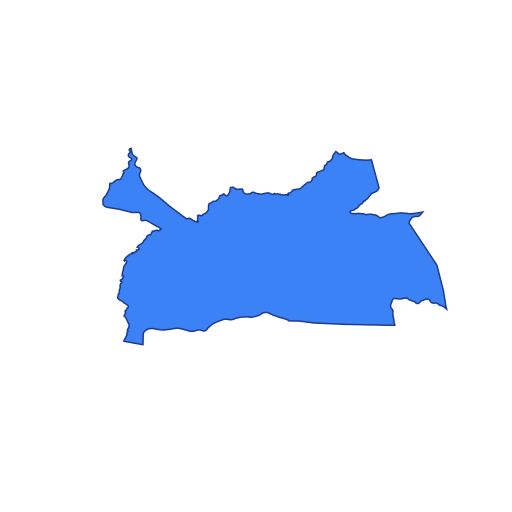 outline of Lázaro Cárdenas, Tlaxcala, Mexico, rotated 230°
{"feature_id": "50627088B94934519915903", "entity_name": "Lázaro Cárdenas", "entity_type": "district", "adm_level": 2, "iso_a3": "MEX", "parent_name": "Mexico", "parent_adm1": "Tlaxcala", "projection": "mercator", "projection_center": [-97.981, 19.536], "detail": "fine", "context": "isolated", "style": "filled", "palette": "blue", "viewbox_px": 512, "rotation_deg": 230, "n_neighbors": 0, "source": "geoboundaries", "source_scale": "gbopen_adm2", "svg_char_len": 6165}
<svg xmlns="http://www.w3.org/2000/svg" viewBox="0 0 512 512"><g transform="rotate(230 256 256)"><path d="M418.7,229.5L419.2,228.2L419.1,227.5L418.8,227.1L418.5,227.0L417.0,226.7L416.4,226.4L416.2,225.8L416.1,224.4L415.4,223.0L414.6,222.5L413.3,222.4L411.2,223.2L410.2,223.3L409.7,222.7L409.6,222.3L409.9,219.9L409.9,218.9L408.7,217.8L406.3,216.5L405.7,215.7L405.6,214.7L405.6,213.6L406.1,210.5L406.4,209.9L406.5,209.3L406.4,209.0L405.8,208.5L404.6,208.2L404.3,208.0L404.3,206.5L403.1,205.1L402.7,203.8L402.0,202.3L401.9,201.7L402.2,200.8L403.3,199.3L403.9,198.2L404.1,195.8L404.0,194.7L404.0,193.5L404.4,192.4L404.8,191.6L405.5,190.9L405.1,190.1L403.5,188.8L402.5,187.7L401.0,185.4L398.8,179.8L398.4,176.8L397.7,175.2L396.9,174.4L393.7,171.9L391.5,172.0L390.7,172.3L388.7,173.5L379.8,181.2L369.2,188.9L367.1,191.3L364.8,194.2L364.1,194.6L363.1,194.6L362.2,194.4L360.8,193.7L359.3,192.6L358.0,191.2L357.1,191.0L356.5,191.3L355.9,191.8L354.7,194.0L354.2,194.5L352.8,195.4L342.7,199.0L341.6,199.6L337.7,200.8L337.7,199.2L338.0,197.4L338.5,197.0L339.5,196.8L340.8,193.7L341.5,192.8L341.5,192.5L340.8,190.6L340.0,189.5L340.1,189.1L340.7,188.3L341.0,187.3L341.3,186.4L341.4,185.7L340.1,183.1L340.0,180.3L339.1,178.4L339.0,176.7L339.4,173.5L339.5,172.3L339.0,170.7L338.5,171.3L336.8,171.2L336.3,170.3L337.5,168.1L336.3,167.4L337.9,163.1L337.1,163.4L338.4,160.4L338.5,156.8L338.3,154.1L337.5,152.6L336.9,152.3L337.0,152.1L336.7,152.1L336.7,153.1L336.3,153.5L335.8,153.6L334.4,153.2L332.8,147.9L330.4,145.1L329.1,143.1L326.9,140.7L325.6,141.7L325.2,141.4L324.9,140.1L324.3,138.4L324.7,136.5L323.8,136.0L322.8,136.6L322.0,136.2L321.9,134.7L320.7,132.7L319.3,131.9L317.9,130.0L317.7,129.3L315.5,127.5L315.2,126.9L315.2,125.7L314.4,125.2L313.0,123.2L312.2,123.0L311.1,123.0L309.6,123.4L307.9,124.3L305.4,124.9L305.2,124.7L301.2,126.0L299.9,126.1L298.6,125.0L298.9,123.5L297.9,121.7L298.2,121.0L297.9,120.2L295.8,119.1L295.3,116.8L294.6,116.3L292.8,116.7L287.3,115.2L285.6,114.9L285.0,114.7L284.0,113.8L283.0,112.3L282.3,110.5L281.8,109.7L280.8,109.7L280.2,108.0L279.0,106.6L278.3,106.1L278.0,105.1L276.9,102.8L276.6,101.5L275.6,100.0L260.7,112.4L267.6,118.5L269.5,120.5L269.9,121.8L270.0,123.6L269.5,126.2L269.0,127.5L266.6,130.5L260.8,135.4L259.1,137.2L258.2,138.4L255.9,141.9L251.6,149.0L250.9,149.8L248.4,151.9L241.0,157.0L239.6,158.2L238.3,160.1L236.8,163.8L236.0,164.9L234.9,165.9L232.5,167.4L231.9,168.0L231.2,169.5L231.3,171.2L231.7,172.5L231.9,178.2L231.6,180.0L230.8,183.4L228.1,190.8L227.6,191.6L226.0,193.3L225.0,194.1L223.0,196.1L222.2,197.6L221.3,200.4L219.4,204.2L218.0,206.4L215.0,210.2L212.3,212.7L210.4,216.0L208.6,220.4L208.4,221.3L208.1,223.8L208.2,224.4L206.8,226.8L205.5,228.3L204.3,229.0L200.0,231.0L194.6,234.1L188.3,238.4L186.6,239.2L185.1,239.5L178.4,247.3L167.4,257.4L150.7,275.6L146.4,280.3L113.7,317.7L114.1,318.3L115.9,318.7L116.9,319.5L119.8,321.3L122.5,322.8L124.7,324.4L125.4,325.3L126.1,325.8L127.4,326.1L129.6,326.0L131.6,327.3L132.2,328.0L133.5,330.4L134.5,331.9L135.0,333.6L134.8,334.3L134.3,334.9L131.8,337.3L130.1,339.2L128.2,342.9L127.0,344.2L125.9,344.8L124.3,345.1L123.3,345.6L121.4,346.6L119.2,348.1L117.4,348.2L116.4,348.6L115.6,349.3L115.3,349.9L115.4,350.7L115.1,351.2L115.4,352.6L115.3,354.0L113.7,358.3L112.7,359.8L112.0,360.3L111.3,360.7L110.6,360.7L108.9,360.3L107.6,360.4L105.9,361.5L103.9,364.2L101.3,364.9L100.4,364.9L99.2,365.7L98.5,366.6L97.4,366.8L96.7,367.2L92.8,367.9L96.0,369.5L109.2,377.4L132.8,388.7L182.9,394.4L184.0,396.0L185.1,399.6L185.0,401.3L184.3,402.8L182.1,405.8L181.7,407.3L182.5,412.0L185.7,406.4L187.3,403.9L188.2,402.9L189.4,401.0L192.7,398.0L196.3,394.2L199.1,389.8L201.4,386.9L202.4,384.9L203.1,382.8L203.8,379.1L204.8,376.9L205.8,375.3L208.3,374.9L210.5,374.0L211.4,373.1L214.1,371.0L215.5,369.2L217.1,366.7L219.4,365.3L222.2,362.5L226.3,357.3L227.7,356.2L229.0,356.1L229.6,356.7L229.6,357.6L228.2,360.7L228.3,362.4L227.7,364.2L227.9,365.6L228.3,367.8L228.4,369.2L228.0,370.9L228.2,372.3L228.5,373.4L229.0,373.9L228.9,374.1L228.1,375.0L228.5,376.2L228.2,378.1L228.7,379.9L229.0,382.1L229.5,383.9L229.5,384.9L228.2,389.3L228.1,391.4L228.8,393.1L229.0,394.0L255.6,406.3L256.5,404.7L259.0,401.5L263.4,396.9L268.4,392.3L270.3,391.3L272.0,390.7L276.6,389.4L277.7,389.4L278.3,389.7L279.0,389.2L279.1,388.1L279.9,385.6L280.7,385.2L283.3,384.7L284.7,384.3L283.8,380.3L283.1,378.9L282.2,377.7L281.4,377.3L281.4,376.3L281.1,373.4L281.7,372.2L281.9,371.6L281.7,370.1L281.1,369.5L280.8,368.8L280.8,367.8L281.2,366.8L280.1,365.3L278.8,363.9L278.8,362.5L279.3,360.5L279.8,359.0L280.6,357.2L280.6,355.8L278.9,354.0L278.8,352.2L279.5,350.7L279.3,348.8L278.4,348.2L278.0,347.3L277.6,346.0L277.8,344.9L279.2,342.8L279.3,336.9L279.1,333.9L279.4,332.5L280.3,331.2L282.9,326.7L282.9,325.9L282.5,325.2L282.4,324.5L282.4,322.8L283.3,321.2L283.1,320.4L282.1,320.2L281.7,319.7L281.8,319.4L283.2,318.9L285.3,316.0L287.7,314.0L288.0,314.1L288.6,313.0L289.5,312.8L290.8,310.9L292.1,310.3L292.0,309.6L292.3,308.5L294.1,307.2L295.0,306.9L295.7,306.6L296.5,305.9L297.1,305.1L298.6,302.5L299.7,300.0L303.5,296.6L305.9,295.4L306.8,294.8L307.2,293.8L307.3,292.6L307.6,291.3L309.4,288.5L309.8,288.1L311.9,287.3L312.9,287.4L315.6,288.5L316.3,288.5L316.8,287.8L317.1,287.2L319.3,284.4L320.3,283.7L321.2,283.3L323.4,282.8L324.8,280.6L324.6,279.9L324.1,279.3L322.3,277.7L321.4,275.8L320.7,273.6L321.1,272.1L321.6,271.6L324.3,271.3L324.5,270.1L324.3,269.1L325.2,268.0L325.4,267.3L325.2,266.4L324.6,265.8L324.1,264.7L323.9,263.7L323.7,261.0L323.9,260.3L325.3,258.5L325.6,256.3L326.1,253.8L326.0,253.2L325.1,252.0L321.9,249.2L321.5,247.7L321.1,245.7L321.8,243.0L321.7,241.4L321.9,239.9L323.3,239.2L324.2,238.2L324.5,237.3L321.0,234.4L320.8,233.8L320.6,233.7L319.5,233.7L319.4,233.0L321.8,231.5L322.8,231.1L323.5,230.7L327.1,229.7L328.1,228.9L328.8,226.7L350.1,221.7L362.2,219.7L369.5,217.9L374.9,216.2L378.6,215.7L382.9,215.7L391.7,218.0L393.2,218.8L395.3,222.5L396.3,223.1L397.2,223.4L398.0,223.5L398.7,223.3L400.8,221.9L402.7,221.7L403.9,222.0L404.8,222.7L405.7,224.2L406.6,226.8L407.2,227.5L407.6,227.8L408.1,227.8L410.2,227.1L412.6,226.7L414.0,227.0L415.8,227.9L418.7,229.5Z" fill="#3b82f6" stroke="#1e3a8a" stroke-width="1.5"/></g></svg>